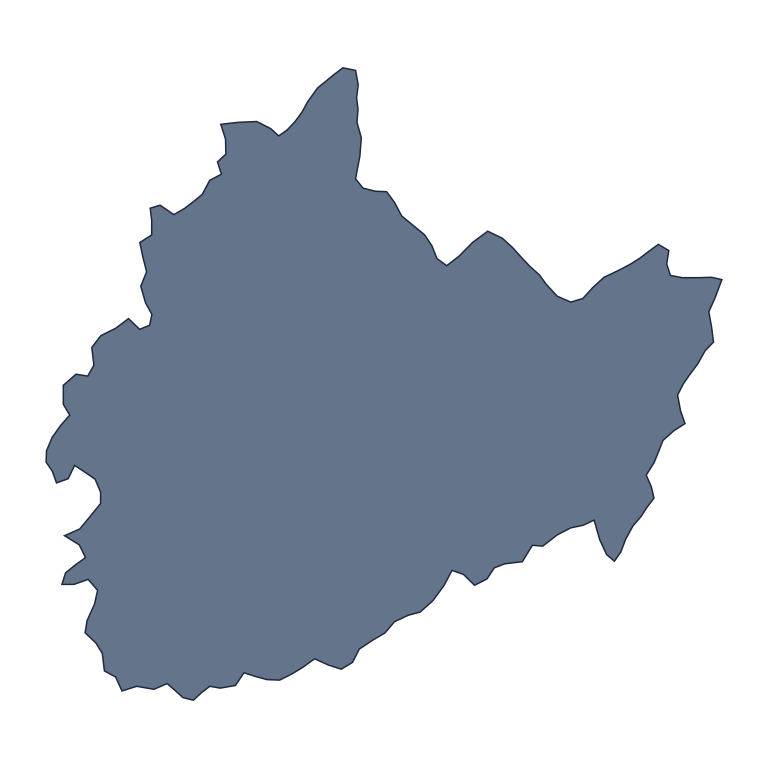 Chalé, Minas Gerais, Brazil
{"feature_id": "56859067B57408649157877", "entity_name": "Chalé", "entity_type": "district", "adm_level": 2, "iso_a3": "BRA", "parent_name": "Brazil", "parent_adm1": "Minas Gerais", "projection": "robinson", "projection_center": [-41.659, -20.023], "detail": "fine", "context": "isolated", "style": "filled", "palette": "slate", "viewbox_px": 768, "rotation_deg": 0, "n_neighbors": 0, "source": "geoboundaries", "source_scale": "gbopen_adm2", "svg_char_len": 2338}
<svg xmlns="http://www.w3.org/2000/svg" viewBox="0 0 768 768"><path d="M386.6,191.7L375.1,191.2L363.0,188.1L355.6,178.9L357.6,168.0L359.9,156.0L361.3,137.8L357.0,122.4L358.0,109.2L356.6,97.6L358.2,84.8L355.6,70.4L342.9,67.8L333.8,74.7L317.6,87.9L307.6,101.8L302.2,111.8L295.1,121.5L287.1,130.0L278.7,135.9L270.7,128.6L256.7,121.5L237.6,122.4L220.8,124.3L225.5,139.0L225.9,154.1L217.5,161.9L221.4,174.2L209.7,180.3L202.3,194.3L194.3,200.9L184.9,208.2L173.8,214.6L160.1,205.2L150.2,208.2L151.7,220.3L151.7,234.9L139.8,242.5L142.9,257.2L146.6,271.8L140.8,286.2L145.5,302.8L151.9,314.4L149.6,325.3L139.6,329.3L128.5,318.6L115.6,328.3L100.8,335.7L91.8,347.5L93.9,365.2L87.7,376.1L76.0,374.2L63.3,385.3L63.3,404.2L69.7,415.1L60.8,425.3L52.2,437.3L46.5,450.8L46.1,462.1L52.4,471.4L56.5,482.9L68.2,478.7L74.6,465.4L83.8,471.4L95.1,479.2L100.6,492.2L100.6,503.5L90.8,515.6L79.7,529.0L64.5,535.7L79.3,544.9L85.5,557.6L75.6,564.7L65.6,572.8L61.9,584.4L74.0,584.4L88.1,579.4L97.6,590.3L94.5,604.2L87.1,620.5L85.1,632.8L95.9,643.0L102.3,653.4L104.4,670.9L115.6,677.0L122.0,691.0L136.6,686.3L154.0,689.3L167.1,683.6L175.1,690.5L182.9,697.6L193.4,700.2L201.8,692.4L209.8,686.3L220.2,688.1L235.4,685.5L244.0,672.8L254.9,676.3L267.0,679.6L279.7,680.1L291.4,674.2L301.8,668.0L314.6,658.8L328.3,665.0L341.2,669.2L352.5,662.4L359.3,649.1L372.0,640.6L385.1,632.8L394.5,621.7L408.1,615.3L420.2,612.0L432.9,600.7L444.0,585.5L452.0,570.4L463.5,574.4L474.5,585.3L487.0,578.9L494.4,567.8L504.9,563.8L522.3,561.7L532.4,545.3L542.8,546.1L557.2,534.9L570.7,527.9L583.0,525.3L594.1,520.1L599.8,539.9L606.6,554.6L614.4,561.2L620.8,552.0L625.7,539.2L632.9,526.0L640.9,516.7L647.0,507.3L654.0,498.1L651.3,486.7L646.2,475.1L654.0,462.8L659.1,450.3L663.0,440.4L673.9,430.7L685.0,423.6L680.5,410.6L677.6,395.0L683.3,383.9L689.9,374.4L697.7,364.0L705.1,350.8L713.5,342.0L711.5,326.4L708.8,311.8L715.1,297.8L721.9,279.6L711.5,277.3L698.1,277.7L682.3,277.7L670.4,275.4L666.7,264.0L668.8,250.5L658.3,244.4L648.3,251.7L639.7,258.3L629.8,264.5L618.1,270.6L604.0,277.3L592.9,287.4L582.8,298.5L570.7,302.1L557.2,296.2L546.5,284.6L539.2,274.7L529.9,266.4L521.9,257.9L512.5,247.5L502.4,238.3L487.7,231.2L472.5,242.5L459.2,256.0L446.7,265.7L437.0,258.6L431.9,245.8L424.5,234.7L412.0,224.5L401.7,216.0L394.6,202.6L386.6,191.7Z" fill="#64748b" stroke="#1e293b" stroke-width="1.5"/></svg>